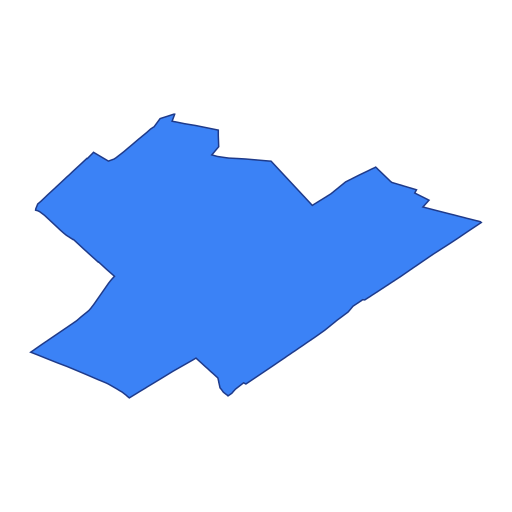 Olaine, Olaines, Latvia (Natural Earth projection)
{"feature_id": "27541924B43954126847535", "entity_name": "Olaine", "entity_type": "district", "adm_level": 2, "iso_a3": "LVA", "parent_name": "Latvia", "parent_adm1": "Olaines", "projection": "natural_earth1", "projection_center": [23.924, 56.791], "detail": "fine", "context": "isolated", "style": "filled", "palette": "blue", "viewbox_px": 512, "rotation_deg": 0, "n_neighbors": 0, "source": "geoboundaries", "source_scale": "gbopen_adm2", "svg_char_len": 3056}
<svg xmlns="http://www.w3.org/2000/svg" viewBox="0 0 512 512"><path d="M218.3,130.1L195.6,125.5L184.6,123.7L174.8,121.7L174.4,121.7L172.1,121.2L174.7,114.2L174.2,114.1L173.7,114.2L167.0,116.4L161.6,118.1L160.1,118.6L154.0,126.9L153.2,127.3L152.0,128.1L150.6,129.0L146.6,132.6L138.9,138.9L136.9,140.6L134.9,142.3L132.2,144.6L129.5,146.9L128.5,147.7L128.2,148.0L127.9,148.2L125.8,150.0L123.7,151.8L119.7,154.9L115.7,158.0L114.7,158.6L114.2,159.0L108.4,161.1L93.5,152.3L92.6,153.3L87.3,158.6L86.9,158.4L71.9,172.3L71.0,173.2L69.0,175.1L66.9,176.9L61.2,182.3L54.5,188.5L47.8,194.7L40.9,201.3L37.8,203.9L37.6,204.3L36.1,208.0L36.0,208.3L35.9,208.5L35.7,209.1L35.6,210.2L37.6,210.7L39.7,211.7L44.5,215.3L53.7,223.9L60.2,230.0L63.7,233.1L66.4,235.3L73.1,239.6L73.5,239.5L83.6,248.9L98.2,262.1L98.5,261.9L106.3,269.1L112.9,274.9L114.5,276.3L112.4,278.5L110.7,280.5L108.5,283.3L98.9,297.1L93.6,304.7L91.7,307.1L90.9,308.2L89.0,310.4L87.1,312.0L85.1,313.6L83.0,315.3L80.9,317.0L76.8,320.6L66.3,327.8L41.0,345.0L30.7,352.2L36.6,354.5L47.5,358.9L57.3,362.8L67.1,366.5L73.8,369.3L86.2,374.5L95.0,378.3L98.7,379.9L100.5,380.6L106.0,382.9L107.9,383.8L109.0,384.4L116.5,388.7L118.0,389.6L119.4,390.5L120.8,391.3L122.3,392.2L126.4,395.4L127.3,396.3L129.3,397.9L131.1,396.8L131.9,396.3L136.0,393.8L139.7,391.5L145.4,388.1L147.4,386.8L152.4,383.8L160.5,378.9L172.9,371.3L191.9,360.5L196.0,358.1L198.5,360.4L201.3,362.9L204.0,365.4L205.2,366.5L206.9,368.0L207.3,368.3L209.5,370.4L211.9,372.6L212.0,372.6L214.2,374.6L216.7,376.9L217.2,377.3L217.5,377.6L217.9,378.0L218.7,381.6L218.7,382.0L218.9,382.7L219.2,384.0L220.0,387.7L220.0,387.8L221.5,389.6L223.3,392.1L224.5,393.1L226.6,394.7L226.8,394.8L227.3,395.2L228.0,395.9L229.9,394.6L231.8,393.3L233.6,391.2L235.4,389.2L243.6,382.8L245.9,384.0L253.8,378.7L274.0,365.1L278.5,362.0L285.2,357.5L286.4,356.6L287.7,355.7L290.0,354.2L292.4,352.5L294.9,350.9L296.9,349.5L298.9,348.1L302.2,345.9L305.5,343.6L306.6,342.8L307.8,342.0L312.4,338.9L314.2,337.7L315.9,336.5L317.6,335.3L319.3,334.1L320.7,333.1L322.7,331.7L324.8,330.2L331.2,325.0L337.6,319.8L340.9,317.4L344.1,315.0L346.1,313.5L348.0,312.1L349.4,310.5L352.5,306.8L353.0,306.2L362.7,299.7L364.8,299.9L367.4,298.2L370.1,296.5L372.0,295.2L373.9,294.0L401.4,276.0L406.0,272.8L408.2,271.3L410.3,269.8L411.7,268.9L413.1,267.9L420.0,263.2L429.2,256.9L433.3,254.1L451.4,242.5L457.0,238.8L469.1,230.6L481.3,222.5L480.8,222.1L480.4,221.7L469.3,218.9L466.8,218.3L464.3,217.6L459.1,216.3L453.8,214.9L449.7,213.9L434.4,210.0L422.9,207.0L424.0,205.8L429.0,200.2L414.7,193.0L416.5,189.8L404.1,186.1L391.7,182.4L391.3,182.0L390.4,181.3L389.6,180.5L384.4,175.5L379.1,170.4L378.2,169.6L377.4,168.7L375.7,167.1L374.8,167.6L371.5,169.1L368.3,170.7L359.5,174.9L357.5,175.9L345.6,181.9L330.8,193.9L313.7,204.5L312.3,205.4L271.1,161.2L270.3,161.1L269.8,161.1L245.7,159.0L237.3,158.5L229.0,158.1L226.6,157.8L223.2,157.3L219.7,156.8L218.4,156.6L217.2,156.4L211.8,154.9L214.2,152.1L214.6,151.6L215.0,151.1L218.7,146.7L218.3,135.7L218.3,130.1Z" fill="#3b82f6" stroke="#1e3a8a" stroke-width="1.5"/></svg>